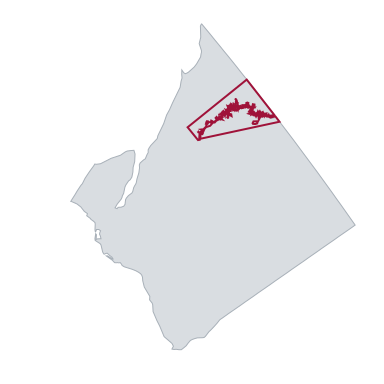 Zemam Out, Al Wadi at Jadid, Egypt (highlighted), rotated 232°
{"feature_id": "37247803B74353300773864", "entity_name": "Zemam Out", "entity_type": "district", "adm_level": 2, "iso_a3": "EGY", "parent_name": "Egypt", "parent_adm1": "Al Wadi at Jadid", "projection": "albers", "projection_center": [32.566, 23.653], "detail": "fine", "context": "in_parent", "style": "outline", "palette": "rose", "viewbox_px": 384, "rotation_deg": 232, "n_neighbors": 0, "source": "geoboundaries", "source_scale": "gbopen_adm2", "svg_char_len": 9103}
<svg xmlns="http://www.w3.org/2000/svg" viewBox="0 0 384 384"><g transform="rotate(232 192 192)"><path d="M318.5,303.1L311.6,303.3L304.6,303.5L297.6,303.6L290.6,303.8L283.6,303.9L276.6,304.1L269.7,304.2L262.7,304.3L255.7,304.3L248.7,304.4L241.7,304.4L234.7,304.5L227.7,304.5L220.8,304.5L213.8,304.4L206.8,304.4L202.8,304.4L203.5,302.3L203.9,300.9L203.5,299.9L202.1,299.6L201.2,299.9L199.1,304.2L198.0,304.4L195.5,304.3L187.4,304.2L179.3,304.1L171.1,304.0L163.0,303.8L154.9,303.6L146.7,303.4L138.6,303.2L130.5,303.0L122.3,302.7L114.2,302.4L106.1,302.1L98.0,301.7L89.8,301.4L81.7,301.0L73.6,300.6L65.5,300.2L65.7,295.0L66.0,289.9L66.3,284.7L66.6,279.6L66.8,274.5L67.1,269.3L67.4,264.2L67.7,259.0L67.9,253.9L68.2,248.7L68.5,243.6L68.7,238.4L69.0,233.3L69.3,228.1L69.6,223.0L69.8,217.8L70.1,212.7L70.4,207.5L70.7,202.4L70.9,197.2L71.2,192.1L71.5,187.0L71.8,181.8L72.0,176.7L72.3,171.5L72.6,166.4L72.8,161.3L73.1,156.1L73.4,151.0L73.7,145.9L73.9,140.8L74.2,135.6L74.1,134.7L73.2,131.1L72.4,126.7L71.6,121.2L71.5,119.4L70.0,113.7L69.9,112.1L70.4,111.0L73.7,106.5L74.7,104.2L75.6,101.5L76.0,99.3L75.3,95.8L74.4,92.7L74.3,89.6L74.3,86.5L75.9,84.5L77.9,82.6L78.6,81.4L79.8,80.1L80.6,79.5L81.9,82.4L85.0,83.0L95.2,81.0L106.2,84.0L112.3,85.2L121.7,87.7L127.3,91.6L128.9,92.2L133.1,92.2L135.7,94.5L146.5,95.9L152.3,98.5L155.5,100.6L157.5,101.2L159.2,101.2L161.6,100.5L164.6,99.2L167.9,97.3L174.7,92.6L177.1,91.7L178.6,92.0L180.5,92.0L181.3,90.6L182.3,89.7L182.9,88.7L184.0,87.5L187.4,87.2L194.4,85.1L193.7,86.1L187.3,88.5L190.0,88.8L192.8,88.0L196.0,87.5L196.5,86.5L197.0,84.6L197.6,84.3L199.8,84.7L206.3,87.7L207.9,87.8L212.5,86.2L213.5,85.9L215.0,86.8L218.4,90.4L217.2,90.4L213.6,87.2L213.2,88.8L211.2,91.5L213.7,92.7L215.8,93.2L217.0,94.7L217.7,96.1L219.8,95.5L221.3,93.6L220.5,92.6L220.0,91.5L220.6,91.5L222.1,92.4L226.2,95.9L227.6,96.7L229.2,96.5L232.6,95.5L233.5,95.7L238.1,94.4L238.6,95.3L239.4,96.3L243.0,95.2L248.7,95.2L253.4,94.0L258.8,91.1L259.2,90.7L259.5,91.4L260.2,93.3L261.9,98.1L263.4,101.9L265.2,107.2L265.8,109.2L266.0,110.6L268.7,116.3L270.3,121.1L271.5,124.9L273.1,130.6L273.9,132.6L272.8,133.6L270.6,137.3L268.3,149.1L265.0,158.3L264.7,164.0L264.2,166.1L262.5,169.0L260.6,171.9L257.0,170.5L251.2,165.5L247.7,160.8L244.1,157.7L240.7,153.7L239.7,150.8L239.8,148.9L238.3,144.3L237.2,142.2L233.0,137.3L231.8,134.7L230.9,133.6L230.0,131.9L228.5,125.6L226.9,121.6L225.0,122.7L225.4,124.4L223.7,126.7L222.8,129.4L223.5,131.6L226.9,135.0L227.6,136.5L228.3,139.7L228.2,144.0L228.8,145.5L231.3,148.7L232.2,150.6L232.8,152.3L233.6,153.8L236.1,156.6L239.8,161.9L243.3,165.5L245.8,167.2L246.8,169.0L247.1,173.5L246.9,175.6L249.2,179.7L250.0,181.7L252.2,183.4L253.1,185.3L254.1,188.4L255.5,197.5L257.4,199.8L263.3,211.8L268.3,219.4L270.7,225.0L274.4,231.9L281.8,247.1L286.1,251.7L287.9,254.3L291.0,256.3L294.4,259.1L291.2,258.9L290.4,259.1L289.3,259.6L288.8,261.4L288.6,262.9L289.1,270.6L290.1,274.5L293.1,281.9L295.2,284.1L296.3,285.5L297.8,286.6L304.5,289.0L308.6,294.2L317.6,300.8L318.5,302.6L318.5,303.1Z" fill="#d9dde1" stroke="#a8b0b8" stroke-width="1"/><path d="M233.5,237.3L234.5,240.3L234.9,243.7L237.1,245.2L236.2,245.8L236.2,246.5L238.3,246.6L238.6,247.3L237.7,248.2L236.8,248.2L235.6,249.5L234.7,249.6L233.4,254.4L234.4,256.8L233.9,258.0L234.2,259.0L233.6,259.1L234.0,259.1L234.2,259.3L233.6,259.5L234.6,259.8L233.6,259.7L234.0,260.0L233.3,260.3L233.9,260.3L233.7,260.9L234.2,260.8L234.6,260.9L233.9,260.9L234.7,261.5L233.7,261.1L234.4,262.5L234.6,262.4L234.8,262.5L234.4,262.6L234.9,264.1L236.0,263.6L236.2,264.4L235.6,264.1L235.2,264.7L235.9,265.3L235.5,265.5L236.1,266.1L235.6,266.4L235.9,266.7L235.2,266.8L235.9,267.3L234.4,266.2L234.5,267.1L234.0,266.9L233.9,268.2L234.5,268.9L235.1,268.4L234.7,268.9L235.5,269.1L234.7,269.4L236.5,270.2L234.6,269.9L234.4,269.4L234.0,270.0L235.1,270.7L234.1,270.6L234.4,271.4L235.0,271.1L234.5,271.6L234.8,271.8L236.2,270.9L235.4,271.6L235.6,272.0L234.9,272.0L235.2,272.8L236.0,272.1L236.5,273.1L236.9,272.6L237.8,272.9L237.0,273.3L235.3,273.1L235.4,273.8L236.9,273.7L237.7,274.6L237.0,274.2L237.2,274.7L237.1,275.0L236.9,274.0L236.5,274.0L236.9,275.0L236.4,274.6L236.0,275.0L237.0,276.1L236.9,276.9L236.5,276.4L235.3,276.6L235.2,275.5L233.8,276.1L234.4,276.2L235.4,278.6L233.0,277.5L232.7,277.8L233.5,279.5L233.1,279.8L233.8,279.8L235.1,281.3L234.3,281.6L234.3,282.1L234.8,281.7L234.7,282.5L236.2,282.4L236.3,283.0L238.3,283.4L238.7,284.3L237.9,283.5L236.9,283.7L234.7,282.7L234.6,283.7L234.5,283.1L231.7,281.2L231.5,279.8L231.3,280.3L231.0,280.0L230.5,280.3L230.8,281.6L230.2,281.7L230.6,282.0L229.8,283.4L229.9,282.8L229.2,282.4L229.6,283.6L228.8,283.5L229.0,283.4L228.9,283.1L228.1,283.5L228.5,284.2L228.0,283.5L227.7,283.9L227.6,285.0L229.1,285.6L228.7,286.1L227.7,285.2L227.6,287.0L227.3,286.6L227.0,287.1L227.6,287.2L227.4,287.6L227.9,287.5L227.9,287.9L228.1,287.7L228.7,287.8L227.8,287.9L227.7,287.6L227.2,287.9L227.4,287.3L226.8,287.2L226.7,288.2L226.9,288.1L227.2,288.4L227.4,288.7L227.4,288.9L226.7,288.5L226.9,288.3L226.7,288.2L226.6,287.6L226.5,287.3L226.4,287.7L226.5,288.0L226.3,287.5L225.9,288.2L226.1,287.6L224.7,288.2L225.7,289.2L226.0,290.4L225.4,289.1L224.4,288.6L224.5,289.5L224.0,289.1L223.9,290.2L223.4,290.3L223.7,291.3L223.5,290.6L222.6,291.0L222.6,290.6L221.8,290.7L222.1,291.8L221.5,292.3L222.4,292.2L222.4,292.8L222.3,292.4L221.2,292.7L221.5,292.3L221.1,291.7L220.4,292.7L220.4,291.9L219.7,291.6L220.8,291.5L220.5,291.2L221.5,290.5L220.4,290.6L220.7,290.1L219.9,290.0L220.4,289.8L220.2,289.3L219.6,289.7L220.1,288.9L219.3,289.0L219.7,288.6L218.6,287.7L217.2,287.9L217.0,288.1L217.5,288.5L217.3,288.8L216.8,288.2L216.5,289.0L216.3,288.6L215.5,288.9L216.5,289.3L216.0,289.3L216.4,290.1L216.0,290.1L215.9,289.3L215.5,289.7L215.4,289.0L214.2,290.0L214.6,290.4L214.1,290.5L215.0,291.1L214.4,290.9L214.4,291.6L213.9,290.8L213.3,291.1L214.7,293.3L213.2,292.9L213.5,293.9L213.0,293.5L212.3,294.1L212.7,295.1L211.0,294.7L211.4,295.4L210.9,295.5L211.6,296.0L211.5,296.8L210.0,295.9L210.1,296.2L209.5,296.2L210.0,297.0L209.4,297.0L209.3,296.0L208.3,296.6L208.6,297.1L207.8,296.6L207.7,297.3L207.5,296.8L206.8,297.6L208.3,298.6L208.1,299.0L206.6,298.3L205.1,299.3L205.5,300.0L204.6,299.8L202.8,302.4L202.4,304.3L246.9,304.3L245.7,228.4L229.2,228.7L228.5,230.1L229.4,230.4L233.5,234.0L234.1,235.7L233.5,237.3ZM227.6,289.1L228.7,289.7L228.4,290.7L227.5,291.2L226.3,289.8L227.6,289.1ZM222.9,293.1L223.7,294.0L222.5,295.1L221.7,294.5L222.9,293.1ZM236.0,257.6L235.1,257.6L235.3,256.2L235.8,256.2L236.0,257.6ZM236.4,251.1L235.8,251.4L235.6,250.9L236.0,250.6L236.4,251.1ZM236.4,261.2L237.0,261.5L236.4,261.4L236.4,261.2ZM235.3,234.1L234.7,234.1L235.1,233.8L235.3,234.1ZM235.8,237.4L235.5,237.9L235.3,237.6L235.8,237.4ZM234.4,234.7L234.2,235.0L234.1,234.8L234.4,234.7ZM237.4,246.0L237.5,246.3L237.3,246.2L237.4,246.0ZM228.7,231.2L228.7,231.6L193.5,304.2L200.3,304.3L202.4,299.5L204.1,298.9L205.6,297.2L206.9,296.7L207.8,295.7L207.4,295.3L208.5,295.2L208.1,293.6L208.5,293.3L208.7,294.0L209.2,294.1L209.2,293.5L209.8,293.7L209.8,292.8L210.5,293.7L211.1,293.4L211.0,292.9L210.0,292.7L209.8,292.0L209.2,292.3L207.8,289.2L210.1,290.7L210.2,291.4L211.3,291.0L211.9,291.5L212.1,291.1L211.4,290.9L212.6,290.1L212.1,289.0L213.8,289.4L214.5,289.0L214.3,288.3L214.8,288.4L215.1,287.6L216.2,287.8L216.4,286.8L216.8,287.5L217.4,286.6L218.1,286.9L218.2,285.4L218.8,285.0L218.4,286.8L219.7,287.2L220.3,286.6L221.3,289.8L222.8,290.1L223.7,288.3L225.6,287.3L225.7,286.7L226.1,287.2L226.9,286.6L227.0,283.7L226.4,283.1L227.6,283.5L227.7,282.5L228.4,282.5L228.5,281.9L227.7,281.2L228.2,281.6L228.7,281.2L228.5,280.1L229.4,280.2L228.6,279.7L229.4,279.8L229.0,279.3L229.4,279.4L229.5,278.5L228.9,278.2L229.6,278.1L229.2,277.2L230.4,277.3L229.9,276.0L230.7,276.1L231.0,275.0L231.8,275.7L231.8,274.9L232.3,274.8L232.8,275.7L232.5,274.2L233.2,274.0L233.5,274.6L234.2,274.6L233.9,273.4L232.3,272.4L233.3,271.8L232.8,271.6L233.2,271.2L233.6,271.6L234.0,271.6L233.1,270.6L233.4,270.0L232.3,270.6L233.2,269.9L232.7,269.6L233.3,269.5L231.9,269.2L231.8,270.0L231.4,269.7L231.7,268.9L231.1,268.9L230.9,269.4L230.0,269.4L229.8,270.1L229.5,270.1L229.7,269.6L229.5,269.8L229.4,270.2L228.6,270.1L228.6,270.5L227.5,269.9L230.7,268.6L229.7,268.1L229.3,267.2L229.6,266.6L230.5,267.3L230.6,268.1L231.2,267.7L232.1,268.8L232.6,268.6L232.1,267.8L233.2,267.3L232.5,266.0L233.3,266.3L233.5,265.4L233.0,265.8L231.9,264.8L233.6,265.1L233.7,264.2L233.1,264.1L233.8,264.0L233.3,263.7L233.6,263.2L232.8,263.3L233.7,263.1L233.3,262.9L233.7,262.8L233.2,261.4L232.8,261.9L232.5,261.5L232.8,261.1L232.2,261.5L232.0,260.8L231.0,260.9L232.0,260.7L232.1,260.2L232.5,261.0L233.0,260.5L232.8,256.4L233.3,255.5L232.8,252.7L233.8,251.1L233.0,247.1L234.4,243.2L234.1,240.8L232.4,237.7L232.7,236.1L232.1,235.3L232.2,233.6L231.0,233.2L228.7,231.2ZM209.8,283.9L207.6,286.9L205.9,285.6L206.6,283.7L208.1,282.0L208.9,282.1L209.8,283.9ZM231.9,237.3L231.2,235.7L230.7,235.1L231.5,235.5L231.9,237.3ZM229.0,265.7L229.2,266.1L228.3,266.1L228.3,265.9L229.0,265.7ZM232.9,258.8L232.1,259.3L232.0,259.0L232.9,258.8ZM231.7,260.3L230.6,260.4L231.4,259.8L231.7,260.3Z" fill="none" stroke="#9f1239" stroke-width="2"/></g></svg>